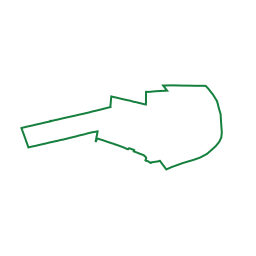 the district of Pristol, Mehedinti, Romania, rotated 226°
{"feature_id": "2599482B70848507308942", "entity_name": "Pristol", "entity_type": "district", "adm_level": 2, "iso_a3": "ROU", "parent_name": "Romania", "parent_adm1": "Mehedinti", "projection": "equal_earth", "projection_center": [22.733, 44.25], "detail": "fine", "context": "isolated", "style": "outline", "palette": "green", "viewbox_px": 256, "rotation_deg": 226, "n_neighbors": 0, "source": "geoboundaries", "source_scale": "gbopen_adm2", "svg_char_len": 4596}
<svg xmlns="http://www.w3.org/2000/svg" viewBox="0 0 256 256"><g transform="rotate(226 128 128)"><path d="M186.9,77.3L186.5,77.1L186.8,76.5L187.5,75.5L188.0,74.6L188.4,74.1L188.9,73.2L190.1,71.3L190.4,70.7L191.1,69.5L192.2,67.7L193.2,66.1L193.8,65.1L194.8,63.5L195.9,61.5L196.8,60.1L197.9,58.3L198.4,57.5L199.5,55.7L199.9,55.0L200.4,54.1L200.8,53.4L201.7,51.9L202.0,51.3L199.8,50.3L197.7,49.4L195.4,48.4L193.7,47.6L192.3,47.0L191.0,46.4L188.4,45.2L186.6,44.4L185.5,43.9L183.2,42.9L182.7,43.8L182.5,44.0L182.3,44.4L182.1,44.8L181.4,46.0L181.1,46.4L180.5,47.4L180.4,47.5L179.4,49.1L179.1,49.5L178.9,49.9L178.7,50.3L178.2,51.1L177.9,51.6L177.8,51.9L177.4,52.5L177.0,53.1L176.9,53.3L176.5,54.0L176.3,54.5L175.9,55.0L175.5,55.6L175.3,56.0L174.5,57.3L173.8,58.4L172.7,60.4L172.2,61.2L171.3,62.8L170.9,63.3L170.1,64.6L169.9,65.0L169.4,65.8L169.0,66.5L168.8,66.8L168.6,67.2L168.3,67.6L168.1,67.8L167.7,68.5L167.5,68.8L167.4,69.1L167.0,69.7L166.9,69.9L166.6,70.5L166.1,71.3L165.9,71.7L165.7,72.0L165.4,72.3L165.1,72.6L164.9,73.1L164.6,73.5L164.4,73.8L163.7,75.2L163.5,75.4L163.1,76.1L162.5,77.2L162.3,77.6L162.1,77.9L161.8,78.4L161.7,78.7L160.7,80.4L160.5,80.6L160.3,80.9L159.8,81.8L159.7,82.0L159.3,82.7L159.1,83.0L157.9,85.1L157.7,85.5L157.1,86.6L157.0,86.9L156.7,87.4L156.5,87.7L156.1,88.4L156.0,88.7L155.6,89.2L155.0,90.1L154.9,90.3L154.8,90.5L154.5,91.0L154.2,91.6L154.0,91.8L153.7,92.3L153.6,92.5L153.3,93.1L153.1,93.6L152.7,94.3L152.5,94.6L152.4,94.9L152.1,95.4L152.0,95.6L151.7,96.0L151.3,96.7L151.2,96.9L150.8,97.6L150.5,98.0L150.4,98.1L150.4,98.4L149.7,99.4L148.7,100.8L147.8,102.1L147.1,103.3L146.9,103.6L146.7,103.8L146.5,103.5L145.6,102.3L144.2,100.3L143.5,99.2L142.6,98.0L141.8,96.9L141.5,96.3L140.5,95.1L140.4,95.0L141.3,97.2L141.5,97.6L141.8,98.2L141.9,98.4L141.9,98.5L141.5,98.8L140.9,99.1L140.7,99.2L140.5,99.4L140.2,99.5L139.6,99.8L139.2,100.0L138.9,100.2L137.8,100.8L137.6,100.9L136.4,101.6L136.2,101.7L135.9,101.8L135.6,102.0L135.4,102.1L134.8,102.4L134.5,102.5L134.3,102.6L132.7,103.4L132.6,103.5L132.3,103.6L131.7,103.9L131.2,104.2L131.0,104.3L130.7,104.4L130.6,104.5L130.4,104.7L130.2,104.7L129.9,104.9L129.7,105.0L129.4,105.2L129.0,105.4L128.4,105.6L127.9,106.0L127.5,106.2L127.0,106.5L126.7,106.6L126.3,106.8L126.1,106.9L125.2,107.2L125.1,107.4L124.6,107.6L124.4,107.8L124.1,107.9L123.3,108.4L123.1,108.5L122.8,108.6L122.6,108.6L122.3,108.8L122.1,108.9L121.9,109.0L121.5,109.3L121.3,109.3L120.3,109.7L120.1,109.8L119.9,110.0L119.4,110.3L119.2,110.4L118.9,110.5L118.2,110.8L117.9,110.9L117.4,111.2L117.2,111.3L116.3,111.7L115.9,111.8L115.4,112.0L114.7,112.3L114.2,112.5L113.7,112.7L113.5,112.8L113.1,113.0L112.9,113.1L112.7,113.2L112.6,113.3L112.6,113.5L112.9,114.0L112.9,114.3L112.8,114.5L112.5,114.8L112.3,115.0L112.0,115.1L111.8,115.2L111.6,115.3L110.6,115.8L110.3,115.8L110.2,115.9L110.0,116.1L109.8,116.2L109.7,116.3L109.2,116.5L108.8,116.7L108.6,116.8L108.3,116.9L108.1,117.0L107.8,117.1L107.2,115.9L107.0,116.0L105.5,116.7L103.6,117.6L101.3,118.6L99.1,119.7L97.8,120.3L97.7,120.3L97.4,120.3L97.2,120.5L96.8,120.6L96.5,120.5L96.1,120.5L95.9,120.5L95.2,120.5L94.8,120.6L94.6,120.6L94.4,120.6L94.2,120.5L93.8,120.2L93.7,120.1L93.5,119.9L93.4,119.8L93.3,119.7L93.2,119.3L93.1,119.1L92.9,118.5L92.7,118.1L92.2,118.1L92.1,118.3L91.8,118.4L91.7,118.4L91.4,118.5L91.2,118.6L91.2,118.4L91.1,118.6L90.9,118.8L90.8,119.0L90.6,119.1L88.2,119.8L87.2,119.9L86.8,120.7L87.0,121.1L86.1,122.2L85.4,123.2L83.6,125.8L83.3,126.0L83.2,126.3L83.1,126.6L82.5,127.5L82.4,128.0L82.2,128.2L79.7,127.8L71.6,126.8L69.5,132.5L64.7,143.1L59.3,153.5L56.7,159.2L54.5,166.8L54.2,172.7L54.0,178.4L54.7,184.1L56.3,188.4L58.3,190.8L59.4,192.2L64.8,196.7L70.1,201.2L73.7,204.3L79.0,207.0L82.2,208.9L85.5,210.7L92.9,212.3L100.8,213.1L104.4,213.1L105.6,211.9L106.9,210.6L109.4,208.0L111.4,205.9L114.5,202.9L122.7,194.6L125.1,192.3L127.7,189.7L130.5,186.7L132.6,184.4L134.1,182.8L132.2,182.6L130.0,182.3L127.7,182.1L131.1,178.2L134.5,174.3L137.1,171.1L139.6,167.9L140.8,166.8L141.5,166.1L140.1,164.7L138.7,163.4L137.3,162.0L136.0,160.7L134.8,159.6L133.7,158.5L132.5,157.2L134.6,155.7L136.3,154.7L137.1,154.2L138.5,153.2L140.0,152.4L141.6,151.3L143.0,150.2L145.2,149.1L146.8,148.1L147.7,147.4L152.8,144.0L157.1,141.3L160.7,138.9L161.5,138.4L162.3,137.9L160.7,136.0L157.9,132.8L155.8,130.4L155.2,130.0L156.4,128.0L158.6,124.1L160.4,120.9L162.1,118.0L163.1,116.3L164.6,113.9L165.9,111.4L166.9,109.7L168.0,107.9L169.1,106.0L170.3,104.1L172.1,101.2L174.2,97.6L176.1,94.6L176.7,93.6L177.7,92.0L180.8,86.9L183.2,82.8L184.0,81.5L184.4,80.9L186.1,78.1L186.9,77.3Z" fill="none" stroke="#15803d" stroke-width="2"/></g></svg>